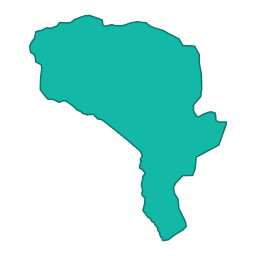 the district of Amasia, Shirak, Armenia
{"feature_id": "60910142B69000045179154", "entity_name": "Amasia", "entity_type": "district", "adm_level": 2, "iso_a3": "ARM", "parent_name": "Armenia", "parent_adm1": "Shirak", "projection": "orthographic", "projection_center": [43.631, 40.973], "detail": "fine", "context": "isolated", "style": "filled", "palette": "teal", "viewbox_px": 256, "rotation_deg": 0, "n_neighbors": 0, "source": "geoboundaries", "source_scale": "gbopen_adm2", "svg_char_len": 3202}
<svg xmlns="http://www.w3.org/2000/svg" viewBox="0 0 256 256"><path d="M179.1,38.9L175.9,37.4L172.5,35.5L169.3,34.0L165.9,32.0L163.1,30.5L160.4,29.7L156.5,28.5L153.7,27.6L151.0,26.5L148.5,24.9L147.2,23.8L146.2,22.8L145.3,22.6L143.6,22.6L141.7,22.4L140.1,22.2L138.0,21.6L136.1,22.0L133.7,22.3L131.2,22.8L128.8,23.5L125.8,24.8L122.5,25.5L119.6,25.9L117.9,25.7L117.0,25.6L114.9,25.6L113.0,25.0L111.6,24.6L109.6,25.2L107.6,25.7L107.0,25.8L105.0,26.2L103.6,25.8L102.7,24.3L102.6,22.4L102.3,21.0L102.2,20.2L101.3,19.8L101.1,19.6L98.4,18.5L93.2,16.7L91.9,16.3L89.5,15.4L84.9,15.8L83.3,16.3L81.0,17.1L78.0,18.2L73.9,19.9L73.1,20.9L71.6,21.9L70.0,22.9L68.1,22.8L63.7,22.8L59.8,22.5L58.5,24.0L57.6,25.2L56.9,26.0L54.6,27.0L52.5,27.6L51.2,28.3L49.4,28.1L49.2,28.1L47.0,27.8L46.2,28.1L45.5,28.4L42.9,29.6L42.0,30.3L40.5,30.5L37.8,31.1L37.2,31.3L35.7,32.0L35.4,34.1L34.9,36.4L34.7,37.3L34.4,38.4L34.0,38.9L32.9,40.2L31.6,42.3L30.4,44.5L29.7,46.1L30.1,49.4L30.4,51.3L30.9,52.7L32.1,53.2L33.1,53.7L33.8,54.1L35.1,56.4L35.1,56.6L35.7,60.4L35.8,61.8L38.4,63.2L40.0,64.1L41.7,65.4L41.7,67.8L41.6,70.4L41.0,74.3L40.6,78.7L40.4,84.5L40.3,89.5L41.2,91.0L42.5,92.7L44.0,94.6L47.2,98.4L48.3,99.4L50.6,99.4L52.5,99.3L53.9,99.7L55.3,100.4L56.9,101.3L58.7,102.2L59.4,102.2L60.8,101.6L63.1,100.8L65.0,100.9L66.9,101.5L68.6,102.8L71.4,104.8L73.9,106.8L76.1,109.1L77.4,110.2L78.0,110.4L80.9,111.6L82.0,112.7L83.4,113.7L85.4,114.1L87.2,115.0L88.6,114.5L89.6,114.4L91.0,114.6L92.8,114.4L93.3,114.5L94.2,114.7L94.3,115.0L94.7,116.2L95.7,116.7L96.7,117.8L97.3,118.7L99.1,119.3L101.3,119.4L103.7,121.0L109.1,125.2L122.3,135.8L127.2,139.8L131.9,143.9L136.1,147.5L139.4,150.2L140.7,152.0L141.8,154.4L142.3,155.5L142.5,155.9L142.4,156.0L141.8,156.7L140.5,158.7L140.5,160.5L141.5,161.4L140.8,162.0L140.4,163.1L140.1,164.8L139.5,166.6L139.7,168.0L140.7,168.8L142.0,169.3L143.0,169.9L143.6,171.2L144.2,172.1L144.5,172.3L145.3,173.1L144.5,174.3L144.1,174.8L143.5,175.5L142.6,177.0L142.9,178.3L142.6,179.7L142.0,181.7L141.4,183.9L141.7,186.4L142.2,188.2L142.5,189.8L142.6,191.3L142.0,192.4L141.8,194.0L142.4,195.3L143.3,196.5L144.7,197.7L144.9,198.8L144.9,200.4L144.8,202.1L144.6,203.9L144.2,205.1L143.9,206.8L143.5,208.4L143.0,210.0L143.1,210.7L143.6,211.4L144.2,212.3L145.0,213.1L145.5,213.8L145.9,214.6L147.0,215.9L147.8,217.1L148.7,217.6L149.8,218.2L150.6,218.8L150.9,219.7L151.4,220.7L151.9,221.3L152.5,221.9L153.2,222.0L154.1,222.7L154.5,223.3L154.7,224.4L155.5,225.1L156.3,226.0L156.6,226.8L157.1,227.0L157.4,227.5L157.7,228.7L157.9,229.8L158.2,230.9L158.9,231.8L159.6,232.5L159.6,233.3L160.0,235.0L160.5,236.2L161.0,237.4L161.9,237.9L162.2,238.1L162.4,238.8L162.4,239.2L162.5,239.7L162.9,240.6L168.2,239.8L175.3,234.5L183.0,229.8L186.2,226.5L185.5,221.9L178.8,208.3L178.5,204.6L178.0,199.2L176.6,196.9L174.7,194.0L173.3,187.5L175.8,182.9L177.5,181.1L182.8,175.6L192.6,175.4L195.1,168.8L196.2,157.1L218.8,145.0L226.3,123.9L226.3,122.0L218.4,122.1L215.8,120.2L215.8,116.3L215.1,113.0L211.1,111.8L207.9,112.5L202.7,114.5L199.5,116.5L196.9,116.6L193.6,111.4L193.5,104.9L200.5,96.9L201.2,91.9L201.7,88.4L201.4,74.7L199.3,63.0L199.2,54.5L196.2,49.2L194.5,46.1L182.8,45.6L179.1,38.9Z" fill="#14b8a6" stroke="#0f766e" stroke-width="1.5"/></svg>